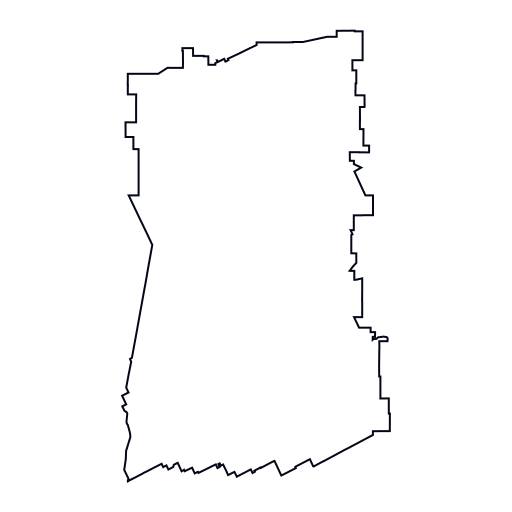 Goomalling, Western Australia, Australia
{"feature_id": "25037944B4799895230449", "entity_name": "Goomalling", "entity_type": "district", "adm_level": 2, "iso_a3": "AUS", "parent_name": "Australia", "parent_adm1": "Western Australia", "projection": "natural_earth1", "projection_center": [116.79, -31.235], "detail": "fine", "context": "isolated", "style": "outline", "palette": "ink", "viewbox_px": 512, "rotation_deg": 0, "n_neighbors": 0, "source": "geoboundaries", "source_scale": "gbopen_adm2", "svg_char_len": 3953}
<svg xmlns="http://www.w3.org/2000/svg" viewBox="0 0 512 512"><path d="M389.9,413.6L388.8,413.6L388.8,398.4L380.4,398.5L380.4,390.0L380.4,376.5L379.2,376.5L379.1,367.1L379.3,349.5L379.3,348.6L379.4,348.3L379.3,341.7L379.3,341.2L387.5,341.2L387.6,338.2L387.1,337.5L386.7,337.1L384.7,336.8L383.4,336.6L377.9,337.4L376.4,338.9L375.5,338.9L373.6,339.0L372.7,339.8L372.7,336.9L372.8,336.8L375.0,336.8L375.1,332.1L370.6,332.1L370.6,327.7L365.9,327.7L359.1,327.7L354.0,317.1L362.2,317.1L362.2,301.5L362.1,301.4L362.2,291.3L362.2,281.9L362.2,278.3L356.4,279.7L354.3,279.8L354.3,275.8L354.3,275.7L354.3,270.9L350.2,270.9L349.7,270.8L350.0,270.5L350.2,270.2L350.5,269.9L350.7,269.5L351.2,268.8L352.6,266.9L354.4,264.9L356.1,263.1L356.3,262.9L356.3,253.4L351.3,253.3L351.3,243.2L351.3,242.1L351.3,235.0L352.5,234.3L350.6,230.1L353.8,230.1L353.8,220.0L353.8,215.3L362.8,215.3L362.9,215.2L373.0,215.2L373.0,195.4L365.4,195.4L355.2,173.2L354.4,171.5L361.2,167.6L353.9,164.1L353.9,160.8L349.9,160.8L349.8,157.1L349.8,152.2L353.8,152.2L358.6,152.2L358.6,152.3L369.0,152.4L369.1,152.1L369.1,146.4L369.1,145.6L363.4,145.6L363.5,129.1L360.7,129.1L359.9,129.1L359.9,120.3L360.0,120.3L359.9,107.0L364.5,107.0L364.6,106.9L364.5,95.3L362.4,95.3L359.5,95.3L355.5,95.3L355.4,90.6L355.5,90.5L355.6,83.4L356.3,83.4L356.3,70.3L352.4,70.3L352.4,69.2L352.4,66.4L352.4,62.2L352.4,60.2L356.3,60.2L362.6,60.2L362.6,31.3L354.7,31.3L354.7,30.7L350.2,30.7L336.7,30.8L336.7,36.8L334.8,36.8L327.0,36.8L302.9,42.0L296.1,42.0L292.9,42.0L292.9,42.3L286.8,42.4L276.5,42.4L268.6,42.4L268.2,42.4L262.3,42.4L256.6,42.4L256.6,45.0L250.5,47.9L242.1,52.0L240.5,52.8L240.2,52.9L240.2,53.0L236.6,54.7L236.3,54.8L227.8,58.8L228.4,60.1L227.6,60.6L226.8,61.0L226.1,61.4L225.6,61.6L225.4,61.6L224.3,59.0L224.2,58.8L221.9,59.9L221.8,60.1L221.0,60.5L217.9,61.9L217.2,60.4L216.9,60.4L217.7,62.0L215.3,63.1L215.3,64.8L208.4,64.8L208.3,56.3L203.7,56.3L203.7,55.9L193.1,55.9L193.0,48.1L182.4,48.1L182.4,50.9L182.9,50.9L183.0,62.7L182.9,67.9L173.5,67.9L167.5,67.8L158.2,73.8L150.3,73.8L138.3,73.8L138.0,73.8L127.8,73.8L127.8,80.0L127.7,83.7L127.7,84.9L127.9,84.9L127.8,88.5L127.8,94.4L134.9,94.4L136.2,94.4L136.1,101.5L136.1,122.3L126.1,122.3L125.5,122.3L125.6,137.0L133.4,137.0L133.4,146.0L133.4,148.7L133.4,149.1L138.6,149.1L138.6,166.6L138.6,168.2L138.6,179.1L138.6,195.4L128.7,195.4L128.8,195.6L130.6,199.4L134.5,207.6L141.4,222.1L141.5,222.2L147.5,234.7L152.3,244.9L148.2,267.6L145.3,284.4L144.6,288.0L135.5,338.3L132.2,356.2L131.9,357.8L130.0,359.0L131.2,361.7L128.6,374.7L126.2,387.6L128.5,392.5L122.1,395.7L126.2,404.4L122.3,406.3L122.4,406.5L124.2,410.3L124.7,411.0L126.2,411.9L126.8,412.4L127.3,413.6L126.5,421.4L126.8,423.6L127.8,424.9L129.4,430.8L130.0,433.1L130.4,436.9L127.4,446.7L126.7,449.1L126.2,450.3L126.1,451.2L125.8,458.7L125.8,459.2L125.7,459.7L125.7,459.9L124.2,469.9L125.5,472.5L127.7,477.2L127.8,477.2L128.5,478.8L128.6,479.0L128.1,479.8L127.8,480.2L127.9,481.3L131.6,479.2L131.6,479.3L138.0,476.0L141.0,474.4L141.3,474.3L143.9,472.8L144.4,472.5L145.6,472.0L149.1,470.2L155.3,467.0L161.6,463.8L163.2,467.1L166.4,465.4L168.4,469.5L173.2,467.0L173.8,464.8L177.7,462.8L181.6,471.3L184.1,469.8L184.7,471.2L192.1,467.7L194.7,473.4L196.3,472.6L197.9,471.8L198.0,471.8L198.5,472.9L202.4,471.0L203.0,470.7L209.1,467.7L210.3,467.1L211.0,466.7L215.8,464.4L217.5,468.1L219.7,466.9L218.4,464.1L219.7,463.4L220.8,465.7L223.1,464.5L226.7,471.8L226.8,472.2L227.0,472.6L228.1,475.1L230.6,473.8L234.4,471.9L234.9,472.8L236.8,476.7L244.8,472.5L250.8,469.4L252.5,473.0L254.9,471.7L254.4,470.7L257.1,469.3L260.7,467.4L260.9,467.9L270.9,462.6L274.3,460.9L274.5,460.9L279.9,472.5L281.3,475.5L287.1,472.6L295.8,468.1L295.2,467.0L295.3,466.8L298.7,465.0L309.9,459.2L313.1,466.2L313.3,466.2L313.4,466.3L313.5,466.4L313.8,466.4L323.2,461.3L323.3,461.4L344.4,450.0L348.2,448.1L354.6,444.7L357.8,443.0L363.4,440.0L372.9,435.0L372.9,431.2L389.8,431.1L389.9,413.6Z" fill="none" stroke="#020617" stroke-width="2"/></svg>